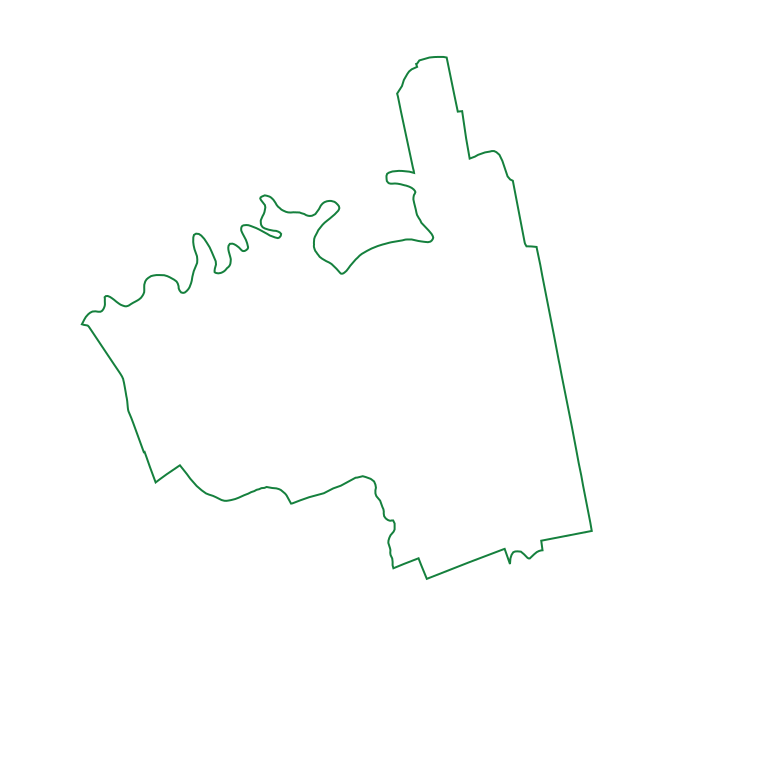 the district of Andrasesti, Ialomita, Romania, rotated 144°
{"feature_id": "2599482B59436484674817", "entity_name": "Andrasesti", "entity_type": "district", "adm_level": 2, "iso_a3": "ROU", "parent_name": "Romania", "parent_adm1": "Ialomita", "projection": "orthographic", "projection_center": [27.141, 44.59], "detail": "fine", "context": "isolated", "style": "outline", "palette": "green", "viewbox_px": 768, "rotation_deg": 144, "n_neighbors": 0, "source": "geoboundaries", "source_scale": "gbopen_adm2", "svg_char_len": 6166}
<svg xmlns="http://www.w3.org/2000/svg" viewBox="0 0 768 768"><g transform="rotate(144 384 384)"><path d="M593.3,609.9L592.4,608.7L592.1,608.3L590.8,607.0L589.4,605.5L589.3,605.1L589.1,603.9L589.2,601.4L589.6,591.1L589.7,588.4L590.0,581.1L590.2,576.0L590.9,558.1L591.2,548.8L591.3,546.9L591.5,544.5L591.6,543.7L591.9,542.4L592.0,541.6L592.6,540.3L593.6,537.9L595.6,533.7L597.7,529.4L599.7,525.4L600.4,523.8L601.8,521.1L604.9,515.9L605.8,514.3L606.2,513.5L606.8,512.0L608.4,505.1L609.9,499.6L614.6,483.2L618.4,470.0L617.6,469.8L618.8,465.6L622.1,454.6L626.6,438.6L621.2,438.7L612.8,438.7L596.9,438.2L596.4,426.7L596.4,421.3L595.5,411.6L594.0,405.2L592.3,400.1L590.6,397.4L588.1,394.0L586.5,391.2L583.6,385.6L581.8,383.4L580.3,382.2L578.7,381.3L576.0,380.0L572.0,378.4L568.3,377.4L562.4,376.2L558.3,375.1L555.0,374.6L551.9,373.6L549.3,373.3L546.9,372.3L544.4,371.8L541.7,370.2L539.5,369.7L538.1,368.2L535.5,365.5L532.5,362.9L530.9,360.9L529.8,359.0L529.1,356.3L528.4,353.4L528.3,351.2L529.5,341.9L528.8,341.5L528.0,341.2L520.1,339.1L511.1,336.4L496.9,331.0L486.5,329.4L478.7,327.1L462.1,324.9L460.6,324.0L455.4,321.9L453.5,319.5L450.6,315.2L450.2,314.1L449.3,311.0L450.1,307.6L451.5,304.8L453.4,303.1L455.2,300.6L455.7,299.2L456.1,297.6L455.7,291.9L457.6,285.4L458.1,283.0L459.1,281.0L460.4,279.3L461.6,276.9L461.6,274.2L460.9,271.9L459.9,270.3L458.9,269.4L458.0,269.1L456.8,268.2L457.4,264.9L460.9,260.1L463.0,258.9L467.6,257.8L470.0,256.5L472.4,254.7L473.9,252.9L475.7,247.5L476.4,245.9L478.2,243.7L479.2,241.8L479.9,238.0L481.6,235.0L483.6,232.3L484.7,229.4L473.6,226.7L458.9,222.8L458.5,222.7L460.3,215.9L463.9,201.2L419.4,189.6L384.6,180.1L383.3,179.7L387.9,164.3L384.2,168.6L381.2,170.8L378.3,171.9L376.3,171.4L374.3,170.1L371.8,167.9L370.8,163.9L370.1,159.1L369.6,158.0L368.6,157.2L362.5,158.0L359.2,158.2L356.8,157.8L354.9,157.1L353.5,156.3L348.9,164.8L302.3,143.0L298.7,150.3L287.4,174.6L282.7,184.7L278.2,194.0L273.0,205.5L266.8,218.5L256.7,239.9L248.0,258.8L235.2,286.6L230.6,296.3L229.0,299.9L218.1,323.0L192.3,378.6L187.6,388.4L180.6,404.0L180.0,405.2L183.6,408.4L186.3,410.5L187.8,411.6L187.5,414.3L187.1,415.6L160.3,472.7L161.7,475.3L162.0,479.3L157.1,494.9L155.9,501.6L156.8,505.5L158.0,507.7L159.9,509.1L161.7,509.8L166.2,512.0L173.2,514.1L176.8,514.5L182.2,516.0L173.2,534.4L160.4,558.8L164.2,561.0L157.4,576.1L141.4,611.3L143.7,613.7L149.7,618.0L151.4,619.1L155.3,621.4L165.2,625.0L169.0,623.7L169.9,624.0L170.8,621.1L176.6,622.3L180.0,622.1L182.7,621.2L189.2,618.3L194.3,614.5L202.7,611.2L203.7,608.5L210.2,594.3L233.5,541.9L234.6,539.1L235.6,537.1L238.6,540.8L244.0,545.6L246.7,547.7L252.3,551.0L255.8,552.1L257.9,552.2L259.7,550.9L260.8,549.3L261.6,548.0L262.4,546.5L262.3,544.5L262.0,543.5L260.9,542.2L259.7,541.3L257.3,539.8L255.3,538.1L253.1,535.8L250.6,532.7L249.5,531.5L247.8,529.1L247.0,527.7L246.3,526.3L245.6,523.9L245.5,522.1L245.8,520.8L247.4,519.8L248.8,519.2L250.4,517.7L251.7,516.1L253.3,512.5L255.8,506.3L257.0,503.7L257.9,501.4L258.3,497.9L258.4,495.3L259.0,492.5L257.6,481.8L257.3,477.3L257.6,475.0L258.2,473.4L259.4,472.6L261.0,472.0L262.7,471.9L265.1,472.9L267.8,475.3L270.0,477.4L272.2,479.6L276.7,484.7L280.1,487.2L281.9,488.3L284.7,489.4L294.6,494.3L296.7,495.2L301.2,496.9L303.2,497.7L308.0,499.3L314.4,500.9L319.6,501.7L325.5,502.3L328.3,502.2L331.1,501.7L333.7,501.4L341.8,499.5L344.8,498.5L347.9,497.6L350.4,497.4L351.8,497.4L353.2,497.9L354.0,498.7L354.2,499.8L354.7,505.1L355.9,511.9L357.0,514.6L358.5,517.3L360.4,521.7L361.3,524.7L361.3,527.0L361.4,528.6L361.3,530.3L361.4,531.7L361.0,533.6L360.5,535.0L360.2,535.9L359.6,536.9L358.6,538.0L357.9,539.2L355.2,542.4L353.4,543.7L349.3,545.7L346.7,547.1L340.3,548.9L337.2,549.4L333.6,549.6L330.7,549.7L324.3,550.2L319.2,551.1L317.9,551.7L316.7,552.6L316.0,554.3L316.0,556.2L316.4,558.7L317.0,560.5L319.1,563.1L320.9,564.4L322.8,565.4L325.3,566.1L327.6,566.1L330.2,565.5L333.8,563.7L339.7,561.8L343.3,562.4L345.2,563.5L346.5,564.7L347.7,566.3L348.6,568.4L350.4,570.7L351.5,572.4L356.4,576.2L358.6,577.5L360.7,579.2L362.1,580.9L363.6,583.5L364.5,585.4L365.0,587.9L365.5,589.7L365.6,592.1L365.3,594.4L365.2,598.1L365.7,601.0L366.4,602.8L368.1,605.1L369.6,606.7L372.5,607.4L374.1,607.5L375.1,606.8L375.4,605.3L375.2,598.7L376.2,596.6L379.6,593.4L381.4,592.2L383.7,591.1L386.9,589.2L387.8,588.5L389.4,586.0L390.0,584.4L390.0,582.1L389.0,579.9L386.6,576.6L383.4,573.1L381.3,571.3L380.1,569.6L379.2,567.8L379.0,565.9L380.4,564.6L382.5,564.0L384.1,564.4L386.0,566.6L387.7,569.2L389.0,571.1L390.3,574.2L394.2,582.4L395.7,585.2L399.0,590.3L400.3,592.1L401.9,593.5L404.3,594.9L405.6,595.2L406.7,594.9L407.7,594.2L408.5,593.3L409.3,592.0L409.8,589.9L410.1,588.1L410.3,586.6L411.0,581.8L412.0,578.3L413.0,575.9L413.5,574.6L414.6,573.6L416.5,573.3L418.4,573.5L419.4,574.0L420.3,574.9L420.7,576.6L421.1,579.7L422.1,583.0L423.0,585.0L424.1,586.6L426.3,588.0L428.5,587.2L429.8,585.9L430.9,584.2L431.7,582.5L433.9,576.6L434.6,575.0L436.0,573.3L437.6,571.6L439.2,570.6L440.9,570.1L442.8,570.0L445.6,569.3L447.4,569.2L449.2,569.4L450.8,569.8L453.0,570.9L454.6,572.5L455.3,573.9L454.7,575.0L453.1,576.7L449.7,579.4L448.0,582.2L445.7,592.2L444.7,597.1L444.3,602.5L444.1,607.1L444.6,611.5L445.6,614.2L447.7,616.1L450.1,616.3L452.1,614.7L454.9,611.0L456.5,608.1L458.1,604.4L460.2,597.3L461.9,594.4L464.0,591.8L471.6,587.1L476.0,583.4L478.8,580.6L480.9,578.9L484.6,576.5L486.7,575.7L489.1,575.2L491.5,575.1L493.0,575.8L494.3,577.3L494.4,579.8L493.9,582.0L492.7,583.9L491.8,586.5L491.6,588.9L492.5,591.8L494.6,596.3L495.9,598.6L497.9,601.2L502.0,604.4L504.1,605.9L506.8,607.3L509.0,608.2L512.4,608.4L514.6,608.2L516.9,607.3L519.6,605.2L521.2,603.1L522.8,600.8L524.1,599.2L526.2,597.9L527.4,597.4L529.8,596.6L532.4,596.4L534.2,596.5L536.6,596.8L539.4,597.2L541.7,597.4L544.3,597.5L545.5,597.8L547.0,598.4L548.1,599.4L549.4,601.2L550.5,603.0L551.2,604.9L552.1,607.7L552.9,610.9L553.7,613.4L554.5,615.5L555.8,617.6L557.4,618.6L559.0,618.4L559.8,616.9L560.9,615.5L563.0,612.4L564.1,611.3L565.7,610.2L567.3,609.4L569.1,608.9L570.9,609.1L572.9,610.6L574.7,612.4L577.3,614.0L579.8,614.4L582.2,614.3L585.8,613.5L588.8,612.2L590.3,611.4L593.3,609.9Z" fill="none" stroke="#15803d" stroke-width="2"/></g></svg>